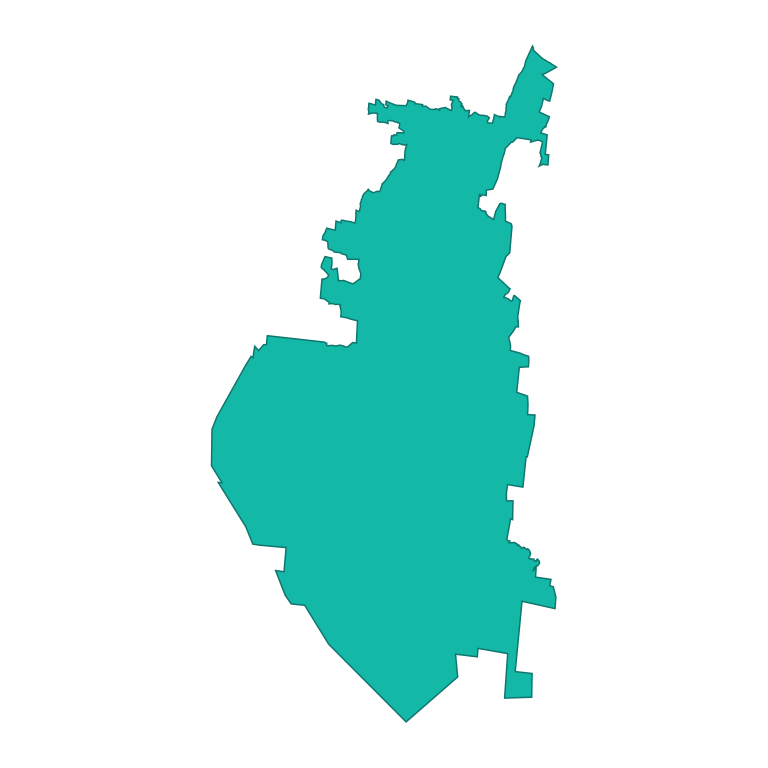 outline of Tekax, Yucatán, Mexico
{"feature_id": "50627088B47903559300993", "entity_name": "Tekax", "entity_type": "district", "adm_level": 2, "iso_a3": "MEX", "parent_name": "Mexico", "parent_adm1": "Yucatán", "projection": "natural_earth1", "projection_center": [-89.263, 19.978], "detail": "fine", "context": "isolated", "style": "filled", "palette": "teal", "viewbox_px": 768, "rotation_deg": 0, "n_neighbors": 0, "source": "geoboundaries", "source_scale": "gbopen_adm2", "svg_char_len": 6098}
<svg xmlns="http://www.w3.org/2000/svg" viewBox="0 0 768 768"><path d="M406.1,721.9L457.7,676.9L455.5,654.2L477.3,656.8L478.0,648.4L507.7,653.6L504.6,698.1L531.7,697.2L532.1,673.5L515.2,671.6L522.0,601.3L555.0,608.6L555.9,597.2L553.3,586.7L549.7,585.8L551.0,579.4L535.5,577.1L536.1,568.1L533.3,570.2L534.0,568.1L535.1,566.7L536.1,566.6L536.5,565.9L537.5,565.9L539.6,563.2L539.4,561.8L539.0,560.8L538.2,560.4L537.9,559.2L537.1,559.2L536.4,560.8L535.5,560.7L534.8,561.1L533.9,560.6L533.9,559.1L532.7,559.2L530.2,558.7L529.9,559.0L528.9,558.4L529.0,557.2L529.7,556.3L530.1,554.8L530.5,554.3L530.4,552.8L529.9,552.7L529.9,551.3L528.4,549.3L527.6,548.8L527.0,549.6L523.7,547.2L521.6,548.5L520.9,547.2L519.5,545.9L519.0,546.0L518.7,544.9L517.4,545.2L516.9,544.4L517.0,543.9L515.5,543.3L515.0,542.6L514.2,542.5L509.3,543.0L510.0,541.1L507.6,540.5L506.8,539.5L510.6,518.9L512.6,519.6L513.0,500.8L506.5,500.9L506.4,493.1L507.6,484.6L522.9,487.1L526.1,456.8L527.3,456.9L534.1,425.6L535.0,415.0L527.6,414.6L528.0,404.7L527.5,396.1L516.7,392.3L519.3,367.3L528.4,366.8L528.9,360.2L528.6,356.2L523.8,354.8L520.6,353.3L510.2,350.4L510.6,346.6L510.0,342.6L509.0,339.2L508.8,337.1L512.9,331.8L516.0,326.7L518.4,326.9L518.2,321.2L517.7,316.7L519.9,302.4L520.5,300.8L514.7,295.7L513.9,295.6L513.2,297.5L512.7,299.9L511.7,301.2L509.7,300.2L509.1,299.4L507.7,298.6L503.8,297.2L505.4,294.4L506.7,293.7L508.6,292.0L510.1,288.8L508.7,287.8L497.9,277.6L500.2,272.2L506.0,256.5L509.7,252.9L512.0,226.1L511.1,223.7L505.4,221.1L505.5,217.5L505.1,204.3L503.2,204.0L502.3,203.3L499.9,203.6L495.7,211.5L493.6,219.5L488.0,216.1L486.3,213.9L485.8,211.7L485.1,211.0L481.4,210.7L480.0,208.5L478.0,207.8L479.4,194.5L479.9,194.3L480.6,196.3L483.1,194.7L486.2,195.5L486.3,190.2L492.9,189.0L497.5,178.7L500.9,165.9L501.1,163.6L503.3,155.6L504.1,154.0L505.3,148.4L511.2,142.3L512.7,142.1L517.0,137.7L531.0,139.8L530.5,142.1L538.0,140.0L541.4,141.2L542.5,142.1L540.0,153.1L540.7,154.2L540.8,156.0L541.8,157.9L540.0,164.4L539.1,166.1L542.8,164.3L547.9,165.0L548.7,154.8L545.2,154.3L547.2,134.9L540.8,132.9L542.3,129.5L544.4,127.4L544.7,126.7L545.8,127.0L546.4,124.1L548.2,120.6L549.4,116.8L539.2,112.0L541.6,106.3L543.4,98.4L547.4,100.5L549.7,101.1L551.9,92.1L553.5,83.8L542.2,74.7L542.3,74.0L544.7,73.7L556.5,67.2L551.3,63.9L550.2,62.9L547.9,61.9L542.0,58.2L534.1,50.8L533.1,50.3L533.5,48.2L532.5,46.1L525.8,60.7L524.4,66.7L521.6,71.9L518.8,75.0L517.0,80.0L515.2,84.0L514.2,85.8L513.3,88.2L512.9,91.3L512.1,92.6L510.6,96.7L509.7,96.4L508.3,100.1L506.2,104.4L506.4,106.4L505.9,108.1L506.3,109.2L505.4,112.8L505.2,115.7L504.4,117.0L499.9,116.4L499.7,117.0L494.4,114.6L494.3,115.7L493.0,121.3L492.6,122.5L491.9,123.5L491.5,123.2L489.3,122.9L488.1,123.0L487.2,121.3L489.0,118.6L489.3,117.7L488.7,117.4L487.5,116.2L482.8,115.3L479.9,115.2L477.4,113.9L475.3,112.2L473.6,113.1L471.4,115.4L470.6,115.3L468.5,117.0L469.5,110.4L465.4,110.7L464.0,108.9L462.5,105.8L461.6,106.5L461.0,106.4L461.9,103.8L460.6,102.0L458.6,100.7L458.8,98.6L457.4,98.4L457.5,97.0L450.6,96.2L450.2,99.9L451.9,100.1L453.0,100.6L452.9,101.3L451.8,103.3L451.4,105.3L451.8,106.3L452.0,108.6L451.1,110.6L445.4,107.5L439.6,108.6L439.6,110.2L438.2,109.4L436.3,108.8L435.1,108.9L434.8,109.4L434.3,109.5L430.6,109.3L429.2,108.7L426.2,106.3L422.4,106.2L422.6,104.6L414.9,103.6L414.8,102.2L408.0,100.2L407.8,102.1L406.2,105.7L396.1,105.3L388.5,102.3L386.2,101.1L386.1,102.5L385.8,104.1L385.9,104.8L388.1,105.8L386.8,108.1L384.0,106.9L383.7,104.7L381.4,103.6L379.2,100.3L377.4,99.7L376.0,99.3L375.7,100.9L375.5,105.1L369.0,103.2L368.7,104.4L368.8,105.5L368.3,109.5L368.9,112.2L368.5,114.1L373.2,112.9L377.4,113.4L377.4,119.7L377.7,121.5L379.9,122.2L382.6,122.1L385.1,122.5L388.0,123.5L387.7,122.0L387.8,121.3L388.2,120.7L389.1,120.5L391.1,120.8L391.6,120.5L395.1,121.9L396.7,122.0L397.5,122.7L398.4,122.6L399.9,124.3L398.9,127.9L403.5,131.0L403.8,132.9L397.1,132.6L396.5,135.3L395.8,135.3L393.9,134.7L393.2,135.9L391.7,135.8L391.3,137.2L390.9,143.5L393.3,144.4L398.0,144.2L398.9,143.5L400.4,143.8L401.7,144.5L405.0,145.0L406.7,144.6L405.5,148.7L405.6,148.8L405.0,150.9L404.5,160.3L402.1,159.3L400.3,159.7L399.1,159.7L398.0,160.2L397.8,161.7L396.6,163.6L396.2,165.6L395.0,167.8L393.7,169.4L393.2,169.6L392.6,170.4L390.6,172.0L390.3,172.8L390.3,174.2L388.7,175.5L386.6,179.3L383.7,182.5L382.4,183.5L380.1,190.9L378.8,191.6L377.1,191.3L373.1,192.9L371.4,191.7L370.2,191.4L368.2,189.3L367.6,190.5L365.3,192.4L363.6,194.3L362.5,196.5L362.5,197.7L361.3,199.8L361.2,201.1L360.4,203.0L360.2,203.9L360.5,205.2L360.4,207.2L359.7,209.8L359.6,211.2L357.9,211.1L356.2,210.2L355.8,213.2L356.0,215.0L355.6,220.5L354.8,223.2L351.1,221.8L345.8,221.0L343.5,220.4L341.5,220.2L340.7,221.8L340.9,222.7L336.0,221.1L335.2,230.2L326.8,228.2L325.8,230.3L324.6,233.8L323.7,234.3L323.0,236.0L322.4,239.7L325.6,240.5L327.8,241.8L328.1,248.1L328.9,249.0L332.7,250.5L334.5,252.1L340.7,252.7L341.3,253.7L346.5,255.1L347.6,259.3L353.2,259.3L354.9,259.1L356.4,259.4L358.9,259.3L358.7,262.3L358.1,264.3L358.7,266.6L358.7,267.8L360.9,273.7L360.2,279.0L359.3,279.2L354.0,283.2L352.5,283.8L343.5,280.4L340.9,280.8L339.5,280.5L338.5,280.8L337.1,268.3L335.2,268.7L333.3,269.6L331.2,268.7L332.0,263.6L331.8,258.1L325.0,256.6L321.4,265.2L321.3,267.7L323.6,269.6L327.2,273.3L328.4,275.0L328.5,275.6L327.6,277.3L325.9,278.5L325.1,278.5L322.9,279.4L322.4,279.0L322.0,279.1L320.3,298.2L321.3,298.6L323.0,298.4L324.4,299.0L328.1,301.6L329.4,302.3L328.9,303.8L332.5,303.6L335.6,304.5L338.3,304.2L340.5,305.3L340.0,306.2L341.0,310.2L341.2,313.0L340.7,316.7L346.9,317.8L350.7,319.1L357.5,320.8L356.4,343.2L352.6,342.5L348.1,346.6L346.5,347.1L345.6,347.1L343.6,345.9L342.5,345.9L340.5,345.1L335.0,346.1L334.4,345.7L332.4,345.4L327.7,345.7L326.9,345.5L326.6,345.0L326.7,343.3L324.2,342.1L267.3,335.7L266.4,344.7L263.7,344.7L258.6,350.5L254.7,346.3L252.9,357.8L251.1,356.4L245.3,365.9L216.8,417.0L212.0,429.3L211.5,465.8L222.0,482.8L218.2,482.4L245.8,526.8L252.8,544.1L259.9,545.2L286.1,547.6L284.0,571.8L275.6,570.5L285.2,595.2L291.2,603.9L304.7,605.3L328.6,644.1L406.1,721.9Z" fill="#14b8a6" stroke="#0f766e" stroke-width="1.5"/></svg>